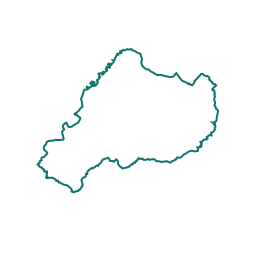 El Tarra, Norte de Santander, Colombia (orthographic projection), rotated 229°
{"feature_id": "7082276B68903742800707", "entity_name": "El Tarra", "entity_type": "district", "adm_level": 2, "iso_a3": "COL", "parent_name": "Colombia", "parent_adm1": "Norte de Santander", "projection": "orthographic", "projection_center": [-72.995, 8.694], "detail": "fine", "context": "isolated", "style": "outline", "palette": "teal", "viewbox_px": 256, "rotation_deg": 229, "n_neighbors": 0, "source": "geoboundaries", "source_scale": "gbopen_adm2", "svg_char_len": 5853}
<svg xmlns="http://www.w3.org/2000/svg" viewBox="0 0 256 256"><g transform="rotate(229 128 128)"><path d="M137.7,200.4L137.2,195.8L138.5,193.5L143.7,189.4L145.4,188.6L147.8,186.2L148.2,185.4L148.9,184.7L150.5,184.3L151.2,183.8L153.6,183.3L155.8,182.2L158.6,182.0L160.3,180.4L161.1,180.1L165.1,179.5L167.3,180.2L168.8,181.0L169.2,181.7L169.6,181.9L170.1,183.0L171.0,184.0L173.5,184.8L174.0,185.2L175.8,186.1L177.9,184.9L182.2,183.3L183.4,182.4L183.8,182.6L184.6,182.7L185.3,181.8L185.8,181.7L186.0,180.8L187.0,179.8L188.0,179.3L188.0,178.3L188.7,177.3L188.8,176.4L189.3,175.8L190.0,175.7L190.3,174.9L190.2,174.1L191.1,172.5L191.0,172.4L190.4,172.6L190.2,172.1L189.8,172.5L189.3,172.5L189.0,171.9L189.6,171.2L189.8,170.6L191.0,168.6L190.7,168.5L190.0,168.7L189.7,168.5L190.2,167.3L190.1,166.1L189.2,164.9L189.2,163.7L188.0,162.6L188.1,162.1L188.9,161.2L187.9,161.4L187.1,159.9L187.2,158.7L186.9,157.8L187.5,157.1L186.6,156.6L186.7,156.3L187.8,155.8L189.3,155.7L189.4,155.2L189.2,154.6L188.3,154.8L187.1,153.9L186.2,154.4L185.7,154.3L185.7,153.5L187.0,153.4L187.4,152.6L188.1,152.2L188.2,151.9L187.1,151.6L187.1,150.4L186.8,149.8L185.4,150.3L185.1,150.1L185.3,147.4L186.5,146.4L186.7,145.8L186.4,145.6L185.5,146.0L185.1,145.9L184.9,143.9L185.1,143.7L187.0,143.6L187.6,143.1L187.8,142.1L188.3,141.3L187.7,141.0L186.9,141.2L186.2,140.9L185.6,139.6L184.7,140.1L184.0,137.4L184.5,136.2L183.4,135.4L182.4,135.4L181.3,132.6L181.6,130.6L182.1,129.9L183.0,130.2L183.4,131.8L184.7,132.7L186.6,131.3L186.0,130.7L186.5,130.3L186.8,129.4L186.5,128.8L186.0,128.8L185.6,129.1L185.8,129.8L185.4,130.3L183.1,129.5L182.9,129.0L183.6,128.1L183.6,127.5L183.2,126.9L183.9,125.4L183.4,124.3L183.6,124.1L185.7,124.4L186.2,124.0L185.9,123.6L184.7,123.3L184.0,122.7L184.0,122.0L185.5,120.4L185.4,119.9L181.4,113.1L180.8,111.5L178.2,110.6L176.4,109.1L173.9,107.7L174.1,106.0L173.3,101.4L173.3,99.6L173.7,97.3L173.6,96.8L173.3,96.7L172.5,96.8L171.3,98.0L169.2,98.1L167.1,98.7L166.3,98.0L165.3,95.3L164.7,94.3L165.9,87.9L166.0,86.5L166.4,85.5L167.2,84.4L168.3,83.8L169.0,83.9L171.5,84.8L172.6,84.7L172.8,83.3L172.7,81.2L172.3,80.2L171.8,79.7L168.7,78.8L168.6,76.2L168.1,75.4L162.5,72.7L161.9,72.2L161.8,71.5L163.1,69.2L166.5,65.5L166.9,64.4L170.2,59.6L170.8,57.4L169.5,55.3L169.3,53.0L168.4,51.4L167.5,50.9L166.4,50.5L162.9,50.9L162.2,50.7L161.8,50.2L161.5,49.5L161.5,47.2L161.1,45.9L161.3,45.1L161.9,44.5L162.2,43.3L161.8,42.5L160.3,41.7L160.4,41.0L160.9,40.0L160.8,39.5L159.6,38.4L160.1,36.4L160.0,36.0L159.0,35.9L158.4,36.3L157.3,35.8L155.7,36.3L154.4,37.1L152.9,36.6L152.2,37.2L151.6,37.4L150.8,37.0L150.6,36.5L150.1,36.4L149.2,36.8L148.4,38.3L147.2,37.5L145.9,35.6L144.9,35.6L144.4,35.2L144.3,34.4L144.6,33.9L144.2,33.6L143.6,33.8L142.6,34.9L142.4,35.7L141.2,36.8L140.6,37.9L139.7,38.6L138.5,38.7L137.2,39.5L136.7,39.5L136.1,39.7L135.1,39.1L134.0,40.5L133.1,40.1L132.1,40.1L131.5,41.0L130.5,41.1L129.5,41.7L128.8,41.7L128.5,42.0L128.0,42.1L126.3,43.0L125.8,43.7L125.0,44.1L124.5,44.6L123.3,44.5L122.6,44.9L120.0,45.1L119.3,45.3L118.1,44.8L117.1,43.8L116.6,44.6L115.6,44.4L114.9,45.1L114.6,46.0L114.7,46.4L114.1,47.4L114.0,48.0L113.4,48.5L113.5,48.9L113.2,49.2L113.4,50.0L113.2,50.5L113.4,50.7L113.2,52.0L113.6,52.7L113.6,53.3L114.0,54.2L113.9,55.1L114.7,55.7L115.1,56.7L117.4,57.7L118.0,58.3L119.0,58.5L119.3,58.8L119.8,60.4L119.7,62.4L119.3,63.0L119.3,64.4L120.8,66.2L120.2,66.5L120.0,66.9L121.0,68.2L121.8,68.9L121.7,70.4L122.1,70.9L121.7,72.1L121.7,74.2L121.5,74.5L120.8,74.7L120.6,76.1L120.2,76.8L120.4,78.0L120.2,79.5L119.0,80.7L119.7,81.6L119.5,83.8L119.8,85.6L120.7,88.0L119.9,90.5L119.0,92.1L119.0,93.0L118.4,93.5L116.7,93.4L115.0,92.9L114.6,93.1L112.9,95.0L111.8,95.2L111.8,96.7L112.2,98.4L111.7,98.7L109.4,98.6L108.0,97.2L106.1,96.7L104.2,96.7L102.9,97.2L101.3,97.3L100.9,97.6L98.8,101.6L98.5,103.1L97.9,103.6L98.1,104.9L98.5,105.6L98.4,106.6L97.6,107.3L97.8,107.8L97.6,108.2L98.0,108.7L97.8,109.2L98.0,109.6L97.8,110.2L97.3,110.5L97.7,110.9L97.8,111.9L97.5,112.3L97.7,112.9L97.4,113.5L98.1,114.7L97.8,115.2L98.2,116.2L97.1,116.6L96.2,117.7L95.6,117.9L95.4,118.9L94.2,118.8L93.3,119.2L92.2,120.8L91.4,122.8L89.7,123.5L89.4,124.6L87.9,126.3L87.9,126.9L86.2,127.7L85.8,127.5L84.9,127.5L83.9,127.9L83.4,128.8L81.8,130.1L80.1,131.1L79.1,133.3L78.3,134.0L77.3,135.7L75.8,136.1L74.9,136.9L74.2,137.1L73.9,137.7L74.1,139.6L73.1,141.8L73.2,143.0L72.7,143.6L72.8,144.0L73.4,144.9L73.4,145.9L72.1,147.0L71.0,148.9L71.2,151.3L71.5,152.3L70.8,154.4L70.7,156.3L70.4,157.0L70.4,158.7L69.3,160.4L69.2,161.1L66.7,162.9L64.9,165.6L65.5,166.4L66.2,166.7L66.8,167.4L67.8,167.6L66.7,168.7L67.0,169.9L65.9,170.4L66.4,172.1L66.7,172.3L67.5,172.0L67.7,172.7L68.2,172.9L68.0,173.5L68.3,173.8L68.8,173.9L69.5,173.4L69.9,173.4L69.2,175.6L69.1,176.2L69.4,176.6L69.2,178.2L68.5,179.1L68.0,179.3L67.8,180.0L67.9,181.0L68.5,181.0L69.6,181.6L69.1,182.9L69.5,183.7L69.0,185.2L68.8,185.5L68.0,185.7L67.7,186.1L68.5,186.2L69.0,186.9L69.8,187.5L69.3,189.0L69.2,190.4L69.8,192.5L71.0,193.3L71.6,194.9L73.2,195.9L73.2,195.7L73.7,195.6L73.9,195.2L74.7,195.8L75.6,195.9L76.0,195.5L76.5,195.4L75.8,196.1L75.7,197.0L75.4,197.5L75.3,199.0L76.4,200.7L77.3,201.4L78.3,202.6L81.6,207.1L83.6,207.5L84.5,207.1L84.9,207.1L86.0,207.8L88.3,208.0L89.3,209.7L90.6,210.9L92.0,211.1L92.8,211.6L94.5,213.5L94.6,214.2L96.4,215.1L96.7,215.8L97.3,215.9L97.8,216.6L99.3,217.5L100.0,217.4L100.5,217.6L101.0,216.8L101.6,216.8L102.0,217.4L101.9,217.9L102.4,219.2L102.2,220.8L102.5,221.7L102.3,222.4L103.1,222.4L103.4,222.0L104.2,222.3L105.9,221.0L107.7,221.6L108.9,221.1L110.1,221.4L111.1,221.0L112.7,222.3L113.9,222.4L115.0,222.1L115.6,221.2L117.6,220.0L120.0,219.8L120.8,218.6L120.3,216.1L120.5,214.8L120.0,213.7L120.0,210.8L119.4,209.9L119.8,208.7L118.5,207.3L118.4,205.2L118.1,204.6L119.8,203.4L121.5,203.4L121.7,202.4L122.2,202.1L123.4,202.1L128.4,199.8L137.7,200.4Z" fill="none" stroke="#0f766e" stroke-width="2"/></g></svg>